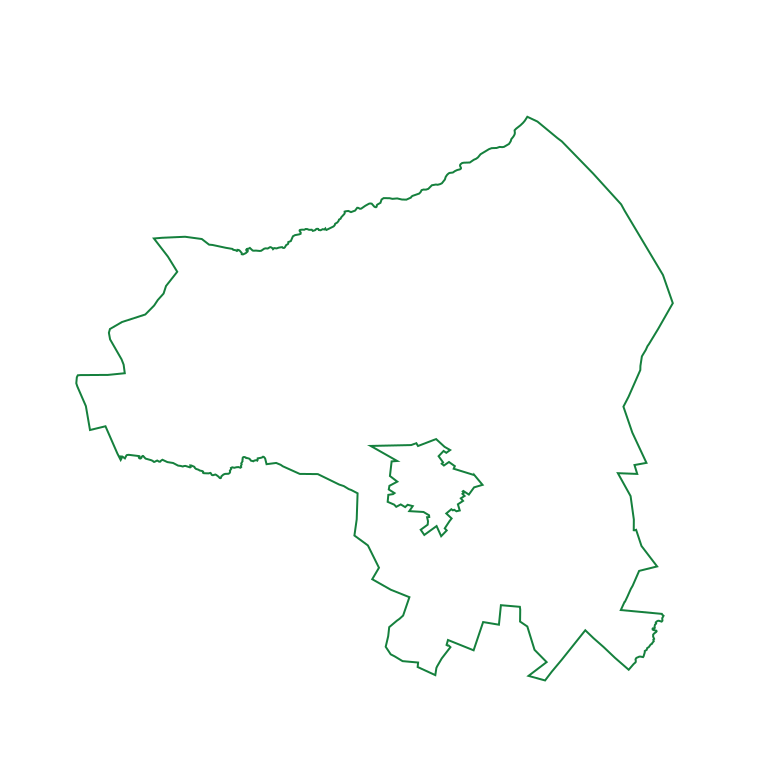 Gweru, Midlands, Zimbabwe (Equal Earth projection), rotated 97°
{"feature_id": "62879985B38074336306054", "entity_name": "Gweru", "entity_type": "district", "adm_level": 2, "iso_a3": "ZWE", "parent_name": "Zimbabwe", "parent_adm1": "Midlands", "projection": "equal_earth", "projection_center": [29.6, -19.532], "detail": "fine", "context": "isolated", "style": "outline", "palette": "green", "viewbox_px": 768, "rotation_deg": 97, "n_neighbors": 0, "source": "geoboundaries", "source_scale": "gbopen_adm2", "svg_char_len": 6101}
<svg xmlns="http://www.w3.org/2000/svg" viewBox="0 0 768 768"><g transform="rotate(97 384 384)"><path d="M173.6,348.5L177.7,351.0L178.8,352.7L179.7,355.0L179.7,356.8L180.9,360.7L184.9,363.8L185.9,365.9L186.2,368.5L187.0,370.3L189.1,371.1L190.7,372.3L193.8,378.6L194.6,379.5L195.7,380.0L198.3,384.3L198.7,388.8L198.2,393.5L199.2,398.2L198.9,401.3L199.6,407.1L201.2,408.9L204.6,409.6L206.7,412.4L207.4,412.9L208.9,412.9L209.5,413.5L209.5,414.3L209.1,415.3L206.5,418.2L206.5,419.8L206.9,420.9L209.4,424.3L212.7,428.0L213.0,429.2L212.3,431.1L212.4,432.1L215.4,433.8L217.4,437.7L216.6,440.5L217.3,443.3L217.7,444.1L219.0,443.8L220.1,444.1L223.5,446.6L225.3,447.3L226.3,448.7L227.5,448.9L229.4,450.0L230.9,452.0L232.4,452.3L233.7,453.2L238.1,459.9L237.8,460.6L236.8,461.2L237.9,462.0L237.8,463.7L239.1,465.6L239.1,467.5L238.1,468.2L238.1,469.3L238.4,470.1L239.7,471.1L240.7,473.3L239.7,474.5L240.1,477.2L239.6,479.1L239.7,480.6L240.6,481.9L240.8,484.2L241.3,486.1L241.8,486.5L242.3,486.4L243.9,485.1L245.1,485.1L245.8,486.4L247.1,490.5L248.5,492.4L253.5,493.9L254.8,496.3L256.4,496.2L257.0,496.6L258.0,498.0L260.5,499.1L261.2,499.9L261.1,501.2L260.6,501.7L260.8,502.8L261.5,505.1L262.5,507.1L262.5,509.6L263.7,510.6L262.8,511.3L262.3,512.4L262.0,513.1L262.2,514.0L263.7,515.9L263.8,518.1L264.3,519.4L266.7,522.1L267.1,523.6L267.2,527.3L267.6,529.8L267.5,530.7L265.3,533.7L265.9,534.4L266.7,536.6L267.6,537.1L268.2,536.9L268.3,535.5L269.1,535.5L271.0,537.2L272.6,539.8L272.5,541.0L271.3,541.2L269.2,543.5L268.7,544.6L268.7,545.7L269.5,545.7L269.9,546.2L269.3,547.6L269.2,550.0L268.4,550.8L268.1,557.5L266.9,571.2L267.0,574.6L262.3,582.5L262.1,599.4L265.9,622.0L267.6,630.1L283.9,614.0L297.8,602.9L313.3,612.3L321.1,613.8L328.1,618.7L334.1,621.7L344.1,629.4L354.4,651.6L362.8,662.7L366.7,663.3L373.1,661.3L391.5,647.5L396.5,644.8L404.9,642.6L408.6,659.0L412.2,686.7L412.7,689.0L414.8,689.7L420.8,689.5L423.8,688.1L442.3,677.2L465.5,670.2L459.9,655.3L485.6,640.1L491.5,636.1L489.7,635.4L488.0,636.3L487.9,634.8L489.4,632.1L486.4,631.0L485.8,630.4L485.4,628.7L485.4,618.2L485.6,617.8L486.0,617.8L487.0,618.3L487.5,617.8L487.7,617.0L487.5,616.4L486.8,615.8L485.6,615.5L484.8,614.7L484.8,614.3L487.1,611.6L488.0,605.8L488.5,604.2L489.3,603.1L489.3,602.4L487.6,599.8L488.5,597.7L488.3,596.6L487.6,596.3L486.2,594.7L487.9,589.5L488.1,583.7L490.1,578.4L490.1,575.9L490.4,573.6L489.8,572.5L489.5,571.1L490.4,566.3L490.1,565.8L488.4,566.3L488.4,565.2L489.3,562.2L490.5,561.3L491.2,560.2L491.7,557.6L492.3,556.5L492.6,553.5L493.1,552.8L494.1,552.9L494.5,552.0L494.1,547.3L493.4,545.5L493.7,545.0L495.2,543.9L495.4,542.7L494.4,540.4L494.7,539.4L496.1,537.0L497.3,535.6L497.4,534.9L497.2,534.5L495.4,534.1L493.4,532.3L492.6,530.8L492.0,527.3L491.0,526.3L490.0,526.0L488.9,526.4L486.9,525.3L486.0,525.7L485.2,524.5L485.4,522.4L484.6,520.3L484.2,518.4L484.6,516.3L483.9,515.6L482.6,516.0L481.1,515.5L480.2,516.0L477.9,515.0L476.6,515.3L476.2,515.1L474.7,515.3L473.7,514.7L473.5,513.4L473.9,512.1L474.3,511.8L474.2,510.4L474.6,508.4L476.3,506.7L476.6,504.2L475.8,503.4L475.1,501.3L475.5,500.5L474.9,500.2L473.2,500.3L472.3,497.3L471.7,496.0L470.9,495.2L471.1,494.3L472.4,492.9L477.9,490.8L475.5,481.4L476.8,476.7L478.0,474.4L483.5,456.7L481.5,438.7L489.3,416.1L490.2,411.5L492.6,406.2L493.2,403.6L495.7,396.9L521.7,394.6L538.0,394.9L546.2,380.3L567.0,366.6L579.2,371.9L587.4,352.1L592.5,332.8L611.5,336.8L615.2,340.0L617.4,342.4L624.7,349.2L633.8,349.1L644.6,350.3L651.5,344.4L653.0,340.3L656.8,331.8L656.3,316.2L660.8,316.1L666.7,297.6L659.5,297.4L657.9,296.9L649.4,293.3L637.1,286.0L635.6,288.1L635.9,288.9L635.4,290.1L630.3,289.3L637.4,262.6L608.2,256.6L608.9,240.6L589.3,241.0L588.6,222.0L591.3,221.3L603.2,220.0L607.2,212.2L629.5,202.2L640.2,188.7L656.1,205.0L658.6,188.0L649.2,182.5L636.2,174.1L603.9,154.2L610.8,145.0L618.3,134.0L627.7,121.3L637.8,106.3L631.5,102.1L629.6,100.4L628.3,100.3L626.6,100.8L625.1,100.1L623.5,97.4L623.3,96.1L623.5,93.6L622.8,93.2L618.8,92.5L617.2,92.6L615.9,90.9L613.9,90.5L613.0,89.2L610.1,87.6L609.0,86.2L608.2,86.1L606.5,84.9L605.0,85.5L604.1,84.8L601.9,86.1L599.9,86.3L598.6,85.4L596.9,83.6L596.1,83.3L595.6,83.8L595.4,86.3L595.0,87.4L594.3,87.6L593.8,87.4L593.6,86.0L593.0,85.5L592.1,85.9L589.8,85.7L588.6,84.7L587.5,85.2L586.4,84.3L585.6,83.1L585.5,82.3L586.0,79.5L585.0,78.8L582.5,79.3L580.0,78.3L578.9,79.9L578.3,80.2L579.5,121.4L571.0,118.7L570.8,118.3L565.1,116.4L557.2,114.0L553.9,112.6L538.4,108.0L531.8,90.7L513.4,108.7L498.0,116.0L498.7,117.5L498.7,118.3L488.1,119.5L465.2,125.6L444.0,141.0L442.4,121.7L433.9,125.5L430.3,113.9L402.0,131.6L377.3,143.6L366.8,139.7L338.9,131.3L334.8,131.7L325.1,131.4L318.2,128.3L314.3,127.1L312.1,125.9L295.9,118.6L268.6,107.2L241.8,120.4L182.8,166.2L176.8,170.5L149.6,202.1L121.5,237.1L118.8,241.8L104.8,263.7L101.3,274.3L105.5,276.3L107.8,277.8L110.6,280.1L114.5,284.0L116.3,285.3L118.9,284.7L120.4,284.8L122.6,285.7L125.5,287.5L127.6,287.8L130.5,289.2L134.0,293.8L134.5,295.5L134.6,298.1L136.0,301.0L136.8,305.9L138.1,308.4L144.2,316.2L147.7,318.4L149.2,320.0L150.5,322.2L153.7,325.8L154.6,331.6L155.1,333.3L156.4,334.7L157.5,335.2L158.4,335.0L160.2,333.9L160.8,333.9L161.7,334.8L162.7,337.4L164.0,339.5L165.7,341.4L166.5,344.6L167.0,345.4L168.6,346.8L170.9,348.0L173.6,348.5ZM472.1,273.9L475.6,282.0L483.4,286.3L480.5,292.2L481.1,292.8L482.4,291.6L483.5,292.7L485.3,290.4L488.1,293.8L490.4,291.3L494.4,296.0L500.3,293.4L501.5,296.6L500.3,299.0L501.0,300.2L500.1,301.9L504.9,306.4L509.2,300.5L512.2,302.3L519.9,306.1L521.7,303.9L528.1,308.7L518.6,314.5L528.9,325.6L524.2,329.8L518.3,323.5L514.8,323.6L511.0,325.0L510.5,322.9L508.8,323.3L506.2,329.2L507.1,343.4L501.7,340.6L501.0,345.8L503.6,348.0L501.5,352.7L504.4,356.9L502.5,359.2L500.5,366.0L493.5,366.2L492.2,361.6L491.0,360.3L488.1,366.4L484.4,366.2L479.3,358.9L474.6,366.9L459.9,367.0L458.8,361.5L447.1,389.7L441.3,349.6L438.8,344.7L441.4,342.7L432.3,325.6L439.0,316.2L441.5,310.3L444.7,313.8L443.2,316.7L449.0,321.0L454.6,315.8L456.1,317.0L457.6,314.6L453.5,310.0L456.9,303.7L459.6,304.5L463.4,283.4L463.2,283.4L472.1,273.9Z" fill="none" stroke="#15803d" stroke-width="2"/></g></svg>